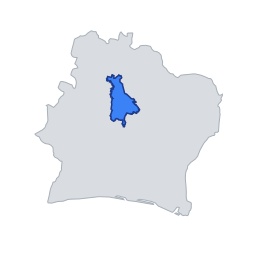 location of Bere, Worodougou, Ivory Coast, rotated 15°
{"feature_id": "98640826B43857880322183", "entity_name": "Bere", "entity_type": "district", "adm_level": 2, "iso_a3": "CIV", "parent_name": "Ivory Coast", "parent_adm1": "Worodougou", "projection": "albers", "projection_center": [-6.135, 8.377], "detail": "fine", "context": "in_parent", "style": "filled", "palette": "blue", "viewbox_px": 256, "rotation_deg": 15, "n_neighbors": 0, "source": "geoboundaries", "source_scale": "gbopen_adm2", "svg_char_len": 8337}
<svg xmlns="http://www.w3.org/2000/svg" viewBox="0 0 256 256"><g transform="rotate(15 128 128)"><path d="M58.0,51.3L58.9,51.3L61.1,50.6L63.1,49.2L65.0,46.1L67.5,43.6L70.4,43.8L71.2,43.4L72.2,43.3L73.4,44.9L74.6,46.2L75.5,46.2L76.1,48.5L81.3,49.5L83.5,50.2L85.4,51.9L86.0,52.0L86.8,51.6L87.4,51.0L87.6,50.3L86.8,48.8L87.1,47.4L87.9,46.2L89.3,46.1L91.3,45.7L93.6,45.7L95.3,46.0L96.0,44.7L95.4,41.2L95.6,39.3L95.8,37.7L96.5,37.0L99.0,39.0L101.4,39.8L103.1,39.8L103.6,39.5L102.8,37.2L103.0,36.6L103.7,36.2L104.8,35.9L107.8,35.0L108.1,35.2L108.6,38.7L108.4,39.9L109.0,42.3L109.8,44.5L109.7,45.4L109.1,46.8L108.3,48.0L108.4,48.5L109.6,49.4L111.9,50.3L114.3,50.5L115.6,49.2L117.0,48.1L117.9,47.2L118.2,45.8L119.8,44.8L124.0,43.5L128.0,43.3L129.0,43.7L130.7,45.7L133.0,47.0L136.5,46.8L139.0,47.6L141.1,49.1L142.6,52.4L144.2,54.8L144.9,58.2L147.4,59.9L149.4,60.7L152.1,63.2L154.8,64.5L157.7,64.2L159.0,65.4L161.2,66.3L163.3,66.4L165.2,63.5L167.6,62.4L173.9,60.1L176.3,59.1L178.8,58.4L184.9,58.1L190.5,58.8L193.3,59.3L195.2,58.9L197.0,60.3L198.9,63.1L200.4,64.0L202.0,64.9L203.2,67.2L204.5,69.4L205.3,70.4L207.0,72.5L208.4,72.6L209.8,71.6L210.5,70.9L210.8,72.3L210.2,74.7L210.3,76.1L211.1,76.7L210.7,78.6L209.1,81.7L209.1,83.6L210.7,84.2L211.9,86.2L212.7,89.6L213.4,90.7L213.5,91.4L214.7,99.7L216.3,108.0L215.3,109.1L214.1,109.4L213.2,109.8L213.0,110.6L213.6,111.7L213.2,112.8L211.6,113.5L208.1,116.2L207.9,117.2L207.0,119.5L206.2,120.8L205.1,123.4L203.4,130.1L202.7,135.7L202.6,137.4L201.9,138.6L201.2,140.4L197.4,145.2L195.5,149.1L195.7,150.8L195.8,152.5L195.3,153.7L195.4,157.0L195.9,159.8L196.6,162.5L199.4,170.1L200.9,174.8L201.8,178.5L202.6,181.0L203.4,182.0L203.7,183.0L207.8,183.7L208.6,184.2L209.8,189.1L209.6,191.3L208.8,192.1L208.8,194.0L208.7,196.3L208.1,197.3L205.8,197.4L204.2,198.3L202.2,198.0L201.9,197.4L200.8,197.2L197.8,195.9L198.2,191.6L196.8,191.5L195.7,192.0L193.6,197.1L192.6,198.0L177.3,195.5L174.0,193.4L170.1,192.9L163.1,193.2L157.5,193.9L155.8,195.2L170.2,194.4L171.8,194.5L172.5,195.3L154.3,197.0L147.4,198.0L145.3,197.8L143.8,196.1L136.2,196.0L134.7,196.5L133.7,197.7L136.7,197.4L141.4,197.4L142.6,198.3L128.0,199.5L117.8,201.8L113.5,203.5L99.3,209.1L90.7,211.7L88.4,212.6L84.5,215.4L79.4,217.1L73.7,220.3L70.2,221.0L69.5,219.9L69.4,214.5L68.9,207.3L69.1,204.5L69.6,201.9L69.6,199.7L71.3,198.9L71.8,198.0L72.1,195.2L73.7,192.6L73.7,188.1L74.2,187.2L74.6,186.0L73.9,183.1L73.0,177.5L72.6,177.2L72.2,177.4L71.3,177.5L67.7,175.6L65.0,175.2L63.1,173.6L63.0,171.7L62.0,170.6L61.4,168.5L60.4,166.0L57.8,164.5L55.2,164.1L53.4,164.4L51.3,164.3L48.9,163.5L47.2,162.5L45.6,160.7L44.2,159.3L43.0,159.4L41.6,159.1L40.2,158.4L39.7,157.9L45.6,152.2L47.6,149.4L47.9,147.7L47.9,145.9L48.5,144.2L48.7,141.4L45.5,131.6L44.7,128.5L43.9,127.6L43.3,127.3L45.0,126.0L47.2,126.3L50.7,127.4L51.4,126.4L54.1,121.4L54.0,119.6L53.8,118.3L55.3,114.9L56.5,113.6L57.2,112.2L57.0,110.2L56.1,109.5L54.9,109.6L53.4,109.1L51.2,108.0L50.1,107.0L50.5,102.5L50.7,101.1L51.5,100.3L52.7,100.1L56.1,100.0L58.9,100.5L61.3,100.8L62.6,100.8L63.7,102.2L65.0,103.5L66.3,103.5L66.7,102.5L66.5,98.1L65.6,95.7L63.8,93.4L59.0,91.5L58.9,88.8L59.4,85.8L60.4,84.8L64.0,82.9L63.4,81.9L62.2,80.8L60.0,79.7L60.5,76.2L60.6,73.1L58.7,73.5L56.8,73.6L55.1,72.7L53.7,70.7L53.5,65.5L53.5,59.5L53.3,56.8L53.8,55.4L55.5,54.1L57.4,52.4L58.0,51.3ZM200.2,198.0L199.4,199.2L195.5,198.5L196.4,197.5L200.2,198.0Z" fill="#d9dde1" stroke="#a8b0b8" stroke-width="1"/><path d="M95.1,83.5L95.0,83.9L95.0,84.0L95.1,84.3L94.9,85.0L94.8,85.3L94.9,85.5L95.1,85.6L94.9,85.8L95.2,85.9L95.3,86.0L95.1,86.0L94.8,86.2L94.8,86.4L95.0,86.7L95.1,87.0L95.1,87.3L95.3,87.3L95.4,87.8L95.7,87.8L95.8,87.5L96.0,87.6L96.0,87.4L96.2,87.2L96.6,87.4L96.8,87.2L97.2,87.3L97.3,87.5L97.6,87.6L97.9,87.7L97.9,87.4L98.4,87.1L98.5,87.2L98.5,87.5L98.7,87.2L98.9,87.0L99.0,87.2L99.3,87.4L99.5,87.5L99.4,87.7L99.5,87.9L99.3,87.9L99.3,88.1L99.5,88.2L99.6,88.4L99.7,88.5L99.8,88.6L100.1,88.5L100.3,88.6L100.3,88.9L100.8,88.9L101.3,89.4L101.3,89.6L101.6,89.5L101.7,89.9L101.9,90.1L102.1,90.2L102.0,90.6L101.6,90.4L101.5,90.5L101.8,90.6L101.9,90.8L102.0,90.9L102.1,91.1L102.4,91.3L102.7,91.1L102.8,90.8L102.9,90.7L103.1,90.8L103.3,91.0L103.7,91.4L103.8,91.6L103.5,91.8L103.5,92.0L103.8,92.2L103.8,92.3L103.4,92.6L103.3,92.8L103.4,93.1L103.3,93.4L103.0,93.5L103.3,93.6L103.4,93.8L103.1,93.7L102.8,93.8L102.7,93.5L102.5,94.0L102.4,93.8L102.4,93.7L102.2,93.7L102.1,93.9L102.0,94.0L102.1,94.3L102.5,94.4L102.6,94.5L102.3,94.6L102.1,94.8L101.7,94.8L101.8,94.9L101.8,95.2L102.0,94.9L102.2,95.0L102.3,95.1L102.3,95.4L102.5,95.6L102.6,95.9L102.1,96.1L101.9,96.3L101.7,96.4L101.7,96.7L102.1,96.6L102.4,96.2L102.6,96.2L102.6,96.6L102.9,97.0L102.5,97.3L102.7,97.5L102.3,97.8L102.5,98.1L102.6,97.9L102.9,98.3L102.9,98.8L103.2,99.2L103.0,99.6L102.9,99.6L102.7,99.9L102.5,99.6L102.4,99.5L102.2,99.6L102.2,99.8L102.0,100.0L102.1,100.3L102.8,100.5L103.0,100.7L102.9,101.4L103.3,101.6L103.3,101.9L103.4,102.0L103.4,102.4L103.7,102.3L104.1,102.3L104.8,102.5L105.1,103.2L104.8,103.4L104.8,103.5L105.1,103.6L105.5,103.6L105.3,103.8L105.1,103.9L105.0,104.0L105.4,104.1L105.2,104.6L105.3,105.0L105.3,105.5L105.4,106.0L105.2,106.3L105.4,106.9L105.3,107.2L105.4,107.8L105.7,108.0L106.1,109.1L106.2,109.5L106.4,110.7L106.4,111.3L106.6,112.8L106.6,113.3L106.7,113.8L106.8,114.1L107.1,114.5L107.5,114.4L108.1,115.2L108.3,115.3L108.2,115.6L107.9,116.1L107.9,117.0L108.1,117.7L107.9,118.1L107.9,118.7L107.8,119.0L108.0,119.7L107.8,120.0L107.8,120.5L107.7,120.7L107.6,120.8L107.8,121.0L108.3,121.0L108.5,121.2L108.4,121.5L109.1,122.5L109.0,123.5L109.1,123.8L109.5,123.8L109.7,124.0L109.9,124.1L110.4,124.6L111.3,124.7L111.8,125.0L112.1,125.2L112.3,125.2L113.1,124.6L113.4,124.3L113.4,124.1L113.6,123.9L113.7,123.7L113.4,123.3L113.5,122.9L113.8,123.0L113.8,122.8L114.0,122.6L114.3,121.9L114.7,121.8L115.1,121.9L115.4,122.0L115.9,121.8L116.0,121.8L116.7,122.5L117.0,122.4L117.5,122.4L118.4,122.4L118.7,122.3L118.9,122.4L119.2,122.3L119.4,122.3L119.6,122.2L119.9,121.9L120.0,121.8L120.9,121.8L121.2,122.1L121.2,123.4L121.4,123.8L121.6,124.3L121.3,124.9L121.1,125.1L121.1,125.3L121.3,125.6L122.1,126.4L122.3,126.6L122.6,126.5L122.8,126.7L122.9,127.0L123.0,127.2L123.1,127.4L123.1,127.6L123.2,127.9L124.1,127.8L124.3,127.0L123.9,126.2L123.3,125.8L124.3,125.3L124.2,124.5L124.3,123.3L124.1,123.1L122.9,121.8L122.6,121.2L121.9,120.3L122.0,120.1L122.2,119.8L122.0,119.4L121.9,119.1L122.1,118.3L122.0,117.6L122.1,117.1L122.1,116.9L122.3,116.7L122.5,116.4L122.5,116.2L122.6,115.8L122.4,115.4L122.5,115.2L122.9,114.9L122.9,114.0L123.1,113.8L127.7,113.9L127.9,113.7L128.2,113.6L128.0,113.4L128.4,113.4L128.5,112.8L128.9,112.7L129.0,112.5L128.9,112.2L129.0,112.2L129.3,112.2L129.2,111.7L129.2,111.4L129.0,111.1L129.3,110.9L129.4,111.0L129.5,111.3L130.0,111.3L130.2,111.0L130.4,111.1L130.5,111.4L130.9,111.5L131.1,111.2L131.3,111.2L131.9,111.6L132.0,111.4L132.4,111.6L132.6,111.5L132.6,111.0L132.7,110.6L132.4,110.1L132.5,109.7L133.2,109.7L133.8,109.7L134.0,109.4L133.9,109.1L133.9,108.7L134.0,108.4L134.2,108.2L133.6,107.6L133.3,107.1L133.6,107.0L134.0,107.3L134.4,107.3L134.4,107.2L134.0,106.7L133.6,106.6L133.3,106.5L133.1,106.5L132.9,106.4L132.8,105.9L132.7,105.6L132.1,105.4L131.8,105.2L131.6,104.8L130.8,104.3L130.5,104.3L130.2,104.0L129.8,104.0L129.8,103.9L129.6,103.8L129.6,103.4L129.2,103.5L128.3,103.4L127.9,103.1L127.6,102.7L127.3,102.4L126.7,102.2L125.9,101.8L125.8,101.6L125.9,101.4L126.0,101.3L126.5,101.3L126.5,101.1L126.9,101.1L127.1,101.0L127.7,101.2L127.8,101.4L128.1,101.5L128.4,101.6L128.7,101.4L128.9,101.1L129.1,101.0L129.1,100.9L128.6,100.9L128.3,100.6L127.5,100.3L127.0,99.9L127.1,99.4L126.7,99.1L126.7,98.9L126.2,98.6L126.2,98.8L125.8,98.6L123.7,98.8L118.0,95.7L117.8,95.9L117.2,95.6L116.1,95.5L115.9,95.4L115.4,94.8L115.2,94.3L111.6,88.0L111.4,87.1L108.2,85.5L108.1,84.5L107.5,83.6L107.8,82.8L108.6,81.8L108.9,81.0L108.7,80.6L108.0,79.9L107.8,79.5L107.7,79.6L107.3,79.6L107.2,79.7L106.8,79.5L106.5,79.7L106.3,79.5L106.0,79.3L105.4,79.2L105.4,79.3L105.3,79.6L105.0,79.9L104.5,80.8L103.6,81.7L103.4,82.3L103.2,82.7L103.0,82.8L102.5,83.4L102.2,83.4L101.5,83.6L101.4,83.0L100.9,81.6L100.9,81.1L99.9,80.9L99.7,80.9L99.3,80.7L98.9,80.7L98.8,81.1L98.8,81.3L98.7,81.6L98.7,82.0L98.8,82.1L99.2,82.3L98.8,83.2L98.7,83.4L98.5,83.5L98.0,83.4L97.7,83.6L97.3,83.6L96.4,83.4L95.6,83.6L95.1,83.5Z" fill="#3b82f6" stroke="#1e3a8a" stroke-width="1.5"/></g></svg>